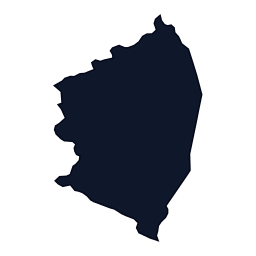 outline of Cachoeira dos Índios, Paraíba, Brazil
{"feature_id": "56859067B57784829245035", "entity_name": "Cachoeira dos Índios", "entity_type": "district", "adm_level": 2, "iso_a3": "BRA", "parent_name": "Brazil", "parent_adm1": "Paraíba", "projection": "mercator", "projection_center": [-38.71, -6.947], "detail": "fine", "context": "isolated", "style": "filled", "palette": "ink", "viewbox_px": 256, "rotation_deg": 0, "n_neighbors": 0, "source": "geoboundaries", "source_scale": "gbopen_adm2", "svg_char_len": 1311}
<svg xmlns="http://www.w3.org/2000/svg" viewBox="0 0 256 256"><path d="M55.2,180.8L58.3,183.8L62.8,186.3L70.4,184.7L74.9,190.3L78.5,191.0L82.4,192.4L87.2,195.8L90.8,199.9L93.9,201.6L110.1,207.7L114.4,208.9L121.8,213.6L125.9,215.5L134.2,218.7L138.3,222.9L136.6,227.8L139.0,232.7L150.6,238.1L154.1,239.2L158.1,240.6L156.3,235.6L157.5,231.4L158.3,225.7L161.1,221.6L165.5,217.3L167.6,213.2L167.6,209.3L165.8,205.9L170.6,198.9L187.1,174.8L190.0,170.3L189.5,154.1L192.2,141.1L196.6,119.8L198.7,109.1L201.7,94.6L196.6,75.4L192.4,61.7L188.3,49.0L185.3,46.7L181.5,43.7L180.0,40.1L178.4,36.7L174.7,32.6L174.1,27.8L171.1,25.1L167.6,25.9L164.4,24.7L161.4,20.7L160.1,15.4L155.6,19.2L154.3,23.4L156.5,30.0L152.1,34.0L146.9,34.1L142.7,36.4L139.0,41.9L134.2,45.5L128.0,47.8L124.7,47.8L119.0,45.5L112.5,48.0L110.5,50.8L112.7,54.6L113.0,58.2L104.3,60.1L100.4,61.5L95.5,60.0L91.8,62.7L93.0,66.3L94.6,69.5L88.8,71.7L84.9,73.4L79.9,73.8L74.3,76.7L70.5,76.5L64.9,78.4L62.4,81.1L54.3,85.6L61.2,91.5L62.1,103.2L58.1,104.6L61.5,109.0L63.5,113.5L65.6,118.1L62.7,120.6L59.6,123.4L55.6,125.9L54.6,129.7L56.2,134.0L61.0,138.6L64.3,140.7L72.7,141.3L76.0,144.3L74.3,147.9L74.9,151.2L76.6,154.5L80.0,155.9L79.4,160.4L75.9,164.4L73.2,166.2L70.3,174.6L66.5,176.3L59.6,176.7L55.2,180.8Z" fill="#0f172a" stroke="#020617" stroke-width="1.5"/></svg>